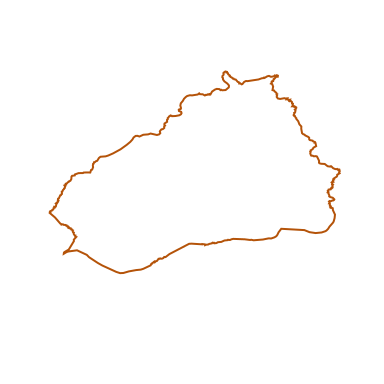 Pathum Ratchawongsa, Amnat Charoen, Thailand (Equal Earth projection), rotated 64°
{"feature_id": "78962969B30801427896168", "entity_name": "Pathum Ratchawongsa", "entity_type": "district", "adm_level": 2, "iso_a3": "THA", "parent_name": "Thailand", "parent_adm1": "Amnat Charoen", "projection": "equal_earth", "projection_center": [104.88, 15.885], "detail": "fine", "context": "isolated", "style": "outline", "palette": "amber", "viewbox_px": 384, "rotation_deg": 64, "n_neighbors": 0, "source": "geoboundaries", "source_scale": "gbopen_adm2", "svg_char_len": 5943}
<svg xmlns="http://www.w3.org/2000/svg" viewBox="0 0 384 384"><g transform="rotate(64 192 192)"><path d="M125.1,63.8L124.5,64.3L124.5,65.1L124.2,65.1L124.3,65.9L123.5,66.5L123.9,67.8L123.1,70.5L121.4,71.9L121.0,73.7L121.3,76.8L120.7,77.1L120.9,78.1L120.4,79.3L120.0,82.9L116.7,93.5L115.9,94.8L115.9,96.8L117.1,99.4L117.0,100.2L115.3,101.1L115.2,102.0L113.8,101.8L113.1,102.6L110.1,103.4L109.2,104.7L108.2,104.9L108.0,105.6L106.4,106.1L105.6,106.9L104.5,106.9L104.3,107.3L103.7,107.0L102.1,107.9L101.1,107.6L100.3,107.9L99.9,108.5L99.3,108.0L98.3,109.2L98.6,111.2L98.9,111.7L99.9,111.8L100.7,112.6L101.1,113.8L102.3,114.5L103.1,114.2L104.5,114.8L106.8,114.4L109.8,112.8L111.7,112.2L112.8,112.2L114.1,113.1L115.1,117.1L113.8,120.3L112.9,120.9L112.9,121.8L111.6,122.2L110.2,124.5L110.0,126.4L110.5,129.9L112.5,132.8L112.3,133.3L111.7,133.1L111.5,133.4L111.6,134.1L111.2,134.9L111.5,135.2L111.1,135.9L111.1,136.6L110.7,137.1L110.9,138.1L108.8,139.6L107.6,142.0L106.5,142.3L106.9,144.1L105.2,149.6L104.1,151.5L103.6,154.3L103.9,156.0L104.7,158.3L106.1,160.3L107.4,163.2L109.2,164.6L111.8,165.1L112.5,165.9L112.1,167.4L112.3,167.9L113.6,168.2L115.2,166.6L116.5,166.8L117.3,167.8L117.5,169.7L116.5,173.4L115.1,176.7L114.5,176.9L114.3,177.6L113.8,177.8L114.1,179.7L114.7,180.4L114.9,181.4L115.9,181.8L116.2,182.8L118.0,183.6L118.4,186.7L119.5,187.4L120.5,187.1L120.9,188.3L122.3,188.9L122.7,190.7L122.3,192.0L123.0,193.7L123.5,194.4L125.2,194.7L125.8,196.2L125.4,198.5L121.3,203.6L121.0,206.1L119.2,210.7L119.1,214.9L117.6,216.4L116.9,218.1L117.4,220.6L118.7,222.5L119.9,225.5L121.0,230.0L122.3,237.5L122.7,246.0L122.5,251.3L122.1,254.0L120.2,258.8L120.6,260.7L122.4,263.5L122.2,264.7L122.6,266.2L122.3,267.0L123.4,267.9L123.3,268.5L124.9,269.6L126.3,270.0L128.1,271.9L128.0,273.1L129.9,274.9L128.1,278.4L127.0,281.0L127.2,281.6L125.3,285.7L124.9,289.5L125.7,290.1L124.9,292.7L125.4,293.6L127.5,294.8L128.6,296.4L128.5,298.1L128.9,298.4L128.8,299.1L129.4,300.7L129.2,301.9L129.6,302.4L129.8,302.0L130.1,302.0L130.1,302.6L130.5,302.8L130.3,303.7L131.4,303.5L131.8,304.1L132.6,304.5L132.8,305.5L133.2,305.7L133.7,307.2L134.7,308.2L134.6,308.9L136.7,309.7L136.8,310.5L137.4,311.2L137.2,311.9L139.4,314.5L139.3,315.3L140.6,316.2L141.1,315.9L141.4,316.6L141.9,316.9L142.1,317.5L142.3,317.2L143.0,318.4L142.5,318.9L142.6,319.3L143.1,319.0L145.3,320.7L145.1,321.5L145.5,321.8L145.1,322.3L145.9,322.5L145.8,323.5L146.6,324.0L147.0,324.8L146.8,325.4L147.3,326.1L147.1,327.9L147.5,328.5L148.0,328.8L148.4,328.5L148.6,329.0L154.8,326.3L162.7,324.2L163.6,323.5L164.1,323.6L164.4,322.2L165.3,321.7L166.2,320.1L167.0,319.9L167.1,319.3L168.2,319.3L168.5,319.0L168.5,318.5L169.1,318.2L169.9,318.9L170.8,318.2L170.8,317.7L171.3,317.5L171.5,316.9L172.6,317.0L172.8,316.5L173.2,316.6L174.2,315.9L174.4,316.3L175.8,316.6L176.7,316.0L177.2,316.5L178.1,316.7L179.9,316.4L180.1,315.9L181.1,316.4L181.7,315.8L183.0,319.1L184.4,319.7L189.7,328.0L190.1,333.1L190.4,333.7L191.3,334.3L191.0,331.0L191.3,329.1L194.0,320.9L202.4,314.1L205.5,313.1L214.6,307.7L218.8,304.8L230.6,295.1L233.4,292.2L234.7,289.2L235.7,283.5L237.7,276.4L239.3,272.1L239.7,269.4L239.8,261.3L238.9,260.4L238.7,259.7L238.9,259.2L238.5,258.9L238.4,257.3L238.1,257.1L238.0,256.1L238.8,256.1L238.4,254.9L238.6,253.7L237.7,252.0L237.8,251.4L237.4,251.2L237.8,249.6L238.3,249.3L238.8,248.0L238.8,246.7L238.2,245.4L238.9,244.3L237.9,239.5L237.3,217.3L238.2,215.1L243.1,206.5L243.1,206.0L243.5,205.8L243.4,205.4L244.7,203.4L245.5,203.6L245.5,202.6L246.3,200.4L246.2,199.3L246.9,196.6L246.6,196.2L246.6,195.5L247.2,195.1L247.4,194.4L247.9,194.4L248.6,192.5L248.5,190.7L249.7,187.5L249.8,184.1L250.9,181.1L250.7,180.7L251.8,178.9L251.8,177.3L252.2,175.5L257.6,165.4L260.6,160.8L260.9,159.7L262.4,157.8L265.8,149.1L267.2,143.7L268.5,141.1L268.9,137.7L268.7,135.6L267.9,134.0L266.2,131.9L264.2,127.9L275.5,107.7L279.6,104.0L283.1,98.9L285.2,93.2L285.7,89.4L285.6,88.1L284.8,85.8L283.4,83.6L281.4,78.8L280.7,77.7L278.0,75.3L275.0,73.4L270.0,73.3L268.3,72.6L267.3,73.4L267.3,74.0L266.9,74.3L266.8,73.9L266.4,74.2L266.0,73.8L265.9,74.1L264.9,73.9L264.7,74.1L263.0,73.2L262.5,73.3L262.3,73.7L261.5,72.7L260.6,73.0L260.4,72.3L261.1,71.4L261.2,69.3L261.5,68.9L261.4,67.8L261.0,67.3L258.9,68.0L257.1,70.0L256.1,70.6L255.3,70.0L253.8,70.1L252.7,69.7L252.2,70.1L251.9,69.6L251.6,69.9L251.4,69.5L250.4,69.4L250.3,68.8L249.7,68.2L250.0,67.7L250.1,66.5L249.9,66.1L250.2,66.0L249.6,65.1L250.0,64.9L249.7,63.9L249.2,64.1L248.3,62.9L247.1,62.9L247.0,62.3L246.4,62.7L245.6,62.0L244.6,62.3L244.4,61.5L244.8,60.5L243.5,60.4L243.1,60.0L243.1,59.2L242.6,59.4L242.1,59.1L241.6,55.1L241.0,54.3L240.1,53.9L239.9,51.1L238.7,51.2L238.1,50.1L236.4,49.7L236.1,50.0L236.3,51.0L234.9,51.4L234.8,52.2L234.1,53.3L232.5,54.7L229.9,55.6L229.6,56.2L229.8,56.6L228.3,58.8L225.0,60.4L223.2,63.6L222.0,64.9L221.3,65.0L219.7,64.1L214.9,64.1L214.1,64.9L213.3,66.9L212.3,67.6L211.6,68.9L211.1,69.0L209.1,68.8L208.2,68.0L207.5,68.0L207.4,67.4L206.6,67.1L206.4,64.8L205.4,63.4L205.2,60.3L202.0,59.5L201.4,59.5L201.3,60.0L200.9,59.7L199.5,61.0L198.7,61.1L197.0,63.3L196.2,63.6L194.5,62.9L193.4,63.4L190.7,65.5L189.8,65.7L188.8,66.7L187.4,67.3L183.1,66.1L181.0,65.0L178.3,65.8L174.9,65.5L172.0,66.2L171.3,65.9L170.6,66.3L168.8,66.2L168.3,66.9L167.4,67.0L166.4,65.6L165.7,65.5L165.7,64.7L165.3,64.1L164.0,63.3L163.2,63.4L163.3,62.7L162.3,62.3L162.2,61.5L161.7,61.2L160.5,61.9L160.3,62.5L160.1,62.5L160.2,62.9L159.4,63.1L158.9,64.3L158.4,63.5L156.9,62.6L156.3,63.3L154.9,62.7L153.7,63.2L153.4,64.0L153.0,63.7L152.7,64.8L152.1,64.7L151.9,64.3L151.8,64.8L151.3,64.8L150.8,65.6L150.1,65.3L150.0,65.9L149.6,65.3L149.2,66.3L149.6,66.5L148.2,67.8L147.0,72.0L145.6,73.8L143.8,74.2L143.0,73.8L142.8,73.3L141.3,73.2L141.2,72.7L140.9,72.9L139.8,72.7L137.7,73.7L136.8,73.7L135.7,75.0L132.9,72.9L130.2,72.6L129.2,73.5L128.5,72.2L127.7,72.0L127.5,71.3L127.9,70.4L126.3,69.1L126.5,68.6L125.3,65.8L126.0,64.4L125.1,63.8Z" fill="none" stroke="#b45309" stroke-width="2"/></g></svg>